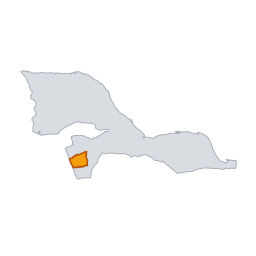 Maravia, Tete, Mozambique (highlighted), rotated 273°
{"feature_id": "85939544B82621359487865", "entity_name": "Maravia", "entity_type": "district", "adm_level": 2, "iso_a3": "MOZ", "parent_name": "Mozambique", "parent_adm1": "Tete", "projection": "equal_earth", "projection_center": [32.061, -15.024], "detail": "fine", "context": "in_parent", "style": "filled", "palette": "amber", "viewbox_px": 256, "rotation_deg": 273, "n_neighbors": 0, "source": "geoboundaries", "source_scale": "gbopen_adm2", "svg_char_len": 5938}
<svg xmlns="http://www.w3.org/2000/svg" viewBox="0 0 256 256"><g transform="rotate(273 128 128)"><path d="M85.2,179.4L86.6,178.0L96.0,165.2L96.6,164.7L95.8,162.5L97.0,160.0L97.2,156.2L97.6,155.6L99.0,154.3L100.9,150.3L102.2,147.2L102.3,145.7L100.6,141.4L100.1,139.2L100.6,137.2L100.8,135.4L100.5,134.7L99.4,134.0L99.3,133.2L99.3,132.2L99.5,131.6L100.8,130.8L101.1,130.3L102.2,125.3L101.9,121.6L101.9,117.3L102.1,112.9L102.0,110.4L101.2,107.5L101.1,105.4L101.7,104.0L101.8,103.1L99.7,102.7L98.7,101.5L94.7,99.6L91.7,99.3L89.1,96.4L87.1,95.9L84.6,93.8L76.5,93.4L76.3,93.2L75.9,86.8L75.6,84.7L74.6,82.4L74.4,80.8L74.4,79.8L78.9,77.5L87.6,74.2L89.5,73.1L104.4,66.5L104.9,66.9L106.3,70.3L108.8,74.1L109.4,73.5L113.0,72.9L113.5,72.4L114.6,72.1L115.9,71.9L116.3,72.1L117.6,74.5L118.0,78.9L118.1,81.8L117.9,84.0L116.8,86.4L116.1,89.5L114.9,91.2L114.9,92.0L116.2,93.8L116.5,94.6L116.4,96.2L116.6,96.8L117.7,97.8L118.6,99.3L121.8,103.8L122.6,104.6L123.2,104.8L123.6,105.6L123.4,106.7L122.9,107.2L123.1,108.1L123.7,108.7L125.2,108.6L125.3,108.3L125.3,104.4L124.8,102.1L124.1,101.1L125.4,96.8L126.1,95.7L128.5,95.2L129.6,94.8L130.1,94.3L130.5,92.9L130.8,89.2L130.9,85.6L130.7,83.5L131.1,80.4L131.6,78.5L131.3,78.1L131.2,75.5L125.1,64.9L121.7,60.2L121.1,59.7L119.2,59.3L118.3,57.6L117.5,48.1L116.2,41.3L118.2,36.8L118.9,33.8L119.3,33.4L121.0,33.2L127.0,33.3L128.5,33.6L129.2,33.3L130.8,31.6L132.0,31.6L133.8,32.7L134.7,33.7L134.9,34.5L136.0,35.0L138.2,35.2L139.8,34.7L140.8,33.7L141.8,33.2L142.9,33.1L143.7,33.5L144.3,34.2L145.3,34.8L146.9,35.1L148.6,34.6L150.5,33.3L151.5,32.0L152.1,29.7L152.5,29.4L155.1,29.2L156.5,29.6L158.3,31.0L161.4,28.5L163.4,27.6L165.2,27.6L166.8,27.0L168.0,25.8L169.2,25.1L171.8,24.2L173.6,22.9L178.5,18.0L179.0,19.4L179.9,20.7L178.7,22.1L179.8,23.0L178.9,24.4L178.8,25.3L179.2,26.3L178.6,27.8L177.9,29.0L177.7,29.9L178.3,31.5L178.0,34.4L178.9,39.1L178.6,40.7L178.8,44.4L178.4,45.8L179.0,46.2L179.3,47.7L179.0,50.3L177.9,51.4L177.8,52.5L179.2,52.5L179.1,55.7L178.9,56.7L179.2,57.8L178.8,59.0L179.2,64.2L179.2,68.0L179.3,68.6L180.4,69.2L180.4,70.3L179.6,71.6L179.7,73.7L180.5,72.0L181.0,72.1L181.4,72.7L181.4,75.0L181.6,76.1L181.5,77.1L180.1,79.0L180.1,80.8L179.5,81.0L179.3,81.5L179.6,82.5L179.6,83.5L178.6,86.3L174.0,93.2L173.9,94.4L172.7,96.5L171.4,96.9L170.7,97.5L171.2,99.4L165.1,104.2L164.5,104.9L163.5,106.6L161.5,107.6L159.3,107.7L158.9,108.1L154.0,110.3L153.0,111.4L150.9,112.3L147.6,114.7L144.9,117.0L141.8,120.4L141.4,122.2L139.9,124.6L137.7,127.5L136.4,129.8L136.3,130.9L135.6,131.2L134.9,130.2L134.6,132.1L134.1,132.2L133.5,131.8L130.8,133.9L128.8,136.1L125.9,140.6L121.7,144.8L120.7,145.0L119.4,143.5L118.7,143.4L119.8,145.0L119.7,148.6L119.1,152.8L119.2,153.7L121.9,158.1L123.3,163.3L123.3,166.0L124.7,169.4L125.3,174.5L125.1,179.3L125.8,180.1L126.0,179.4L126.1,176.4L126.5,175.6L126.9,175.7L127.2,177.3L127.3,179.0L126.8,182.8L126.9,184.3L127.6,186.8L126.8,189.7L125.5,197.8L125.8,198.4L126.4,198.5L126.6,197.7L127.0,197.7L127.2,198.2L126.6,201.4L126.1,202.8L124.3,206.2L123.3,207.6L121.7,209.1L117.9,211.3L110.3,214.5L105.5,217.1L101.7,220.1L100.0,222.1L99.4,224.4L98.1,226.8L99.2,228.8L100.6,230.2L101.2,227.9L101.6,227.8L100.9,237.8L95.7,238.0L94.2,237.6L93.4,237.7L93.3,233.5L92.7,230.4L93.0,228.2L92.9,227.0L91.8,226.2L91.5,223.8L92.1,221.9L92.2,206.6L90.3,199.1L87.8,193.7L87.7,191.0L86.6,185.0L85.2,179.4ZM119.5,40.7L120.2,40.2L120.3,39.5L119.9,39.1L119.5,39.2L119.3,40.4L119.5,40.7ZM119.1,39.2L118.6,38.6L118.2,38.8L118.1,39.3L118.5,39.9L118.9,40.0L119.1,39.2Z" fill="#d9dde1" stroke="#a8b0b8" stroke-width="1"/><path d="M102.2,87.9L102.2,87.7L102.1,87.3L102.1,87.2L102.0,86.9L102.0,86.7L101.9,86.5L101.9,86.4L101.8,86.2L101.7,85.9L101.5,85.6L101.4,85.5L101.4,85.4L101.3,85.2L101.2,85.1L101.0,84.9L101.0,84.7L100.9,84.6L100.7,84.5L100.7,84.4L100.5,84.1L100.4,84.1L100.3,83.6L100.3,83.4L100.2,83.2L100.1,82.9L100.0,82.7L99.9,82.5L99.9,82.4L99.7,82.3L99.6,82.2L99.4,81.7L99.2,81.2L99.1,80.9L98.9,80.6L98.8,80.4L98.8,80.2L98.7,79.9L98.7,79.7L98.5,79.3L98.5,79.2L98.4,79.1L98.5,79.0L98.4,79.0L98.4,78.9L98.5,78.8L98.5,78.7L98.4,78.7L98.5,78.5L98.5,78.4L98.4,78.3L98.3,78.2L98.2,78.1L98.3,78.0L98.3,77.9L98.2,77.9L98.0,77.7L97.9,77.6L98.0,77.5L98.0,77.3L97.9,77.1L98.0,77.0L98.0,76.9L97.9,76.9L97.8,77.0L97.7,76.9L97.6,76.7L97.4,76.6L97.2,76.6L97.0,76.0L96.9,76.0L96.9,75.9L96.9,75.7L96.8,75.4L96.7,75.2L96.4,74.9L96.4,74.7L96.2,74.4L96.1,74.5L96.0,74.4L95.9,74.4L95.8,74.5L95.7,74.5L95.4,74.5L95.3,74.4L95.2,74.1L95.1,73.9L95.0,73.7L94.9,73.6L94.8,73.4L94.8,73.2L94.7,73.0L94.7,72.9L94.8,72.8L94.7,72.7L94.7,72.4L94.5,72.2L94.4,72.2L94.2,71.9L94.2,71.7L94.2,71.3L94.1,71.2L93.6,71.2L93.0,71.6L91.9,71.9L90.5,72.9L89.7,73.1L89.1,73.2L87.3,74.6L86.7,74.9L85.9,75.1L86.0,75.2L86.0,75.3L86.0,75.5L86.0,75.8L85.9,76.0L85.8,76.3L85.8,76.5L85.7,76.6L85.7,76.8L85.8,77.0L86.0,77.1L86.1,77.4L86.0,77.5L85.9,77.9L85.8,78.1L86.0,78.2L86.1,78.3L86.0,78.5L86.1,78.8L86.1,79.0L86.2,79.3L86.1,79.5L86.4,79.8L86.4,80.0L86.5,80.0L86.6,80.3L86.6,80.5L86.8,80.8L86.7,80.9L86.8,80.9L86.8,81.0L86.7,81.2L86.8,81.2L86.8,81.3L86.8,81.5L86.9,81.8L86.7,82.0L86.7,82.3L86.6,82.5L86.8,82.7L86.7,82.8L86.6,83.0L86.6,83.3L86.7,83.5L86.8,83.5L86.7,83.7L86.7,83.8L86.8,83.9L86.8,84.0L86.8,84.3L86.8,84.5L86.7,84.7L86.7,84.8L86.8,85.0L86.9,85.3L87.0,85.5L87.3,85.7L87.3,85.8L87.4,86.0L87.5,86.1L87.5,86.3L87.7,86.7L87.8,86.8L88.0,86.8L88.1,87.0L88.2,87.4L88.3,87.5L88.4,87.8L88.4,88.0L88.5,88.2L88.5,88.5L88.4,88.6L88.4,88.8L88.2,89.1L88.4,89.2L88.7,89.3L88.9,89.4L89.2,89.4L89.5,89.3L89.8,89.3L90.2,89.1L90.5,89.1L91.0,89.1L92.1,89.2L92.3,89.2L92.6,89.3L92.9,89.4L93.1,89.3L93.6,89.2L93.8,89.2L94.5,88.9L94.9,88.6L95.5,88.2L96.1,87.9L96.4,87.6L96.8,87.6L97.2,87.7L97.5,87.7L98.0,87.7L98.4,87.6L98.8,87.4L98.8,87.5L99.0,87.8L99.2,88.0L99.3,87.9L99.5,87.8L99.7,87.7L99.8,87.5L100.1,87.5L100.4,87.6L100.5,87.7L100.9,87.7L101.0,87.7L101.3,87.8L101.5,87.9L102.0,87.9L102.2,87.9Z" fill="#f59e0b" stroke="#b45309" stroke-width="1.5"/></g></svg>